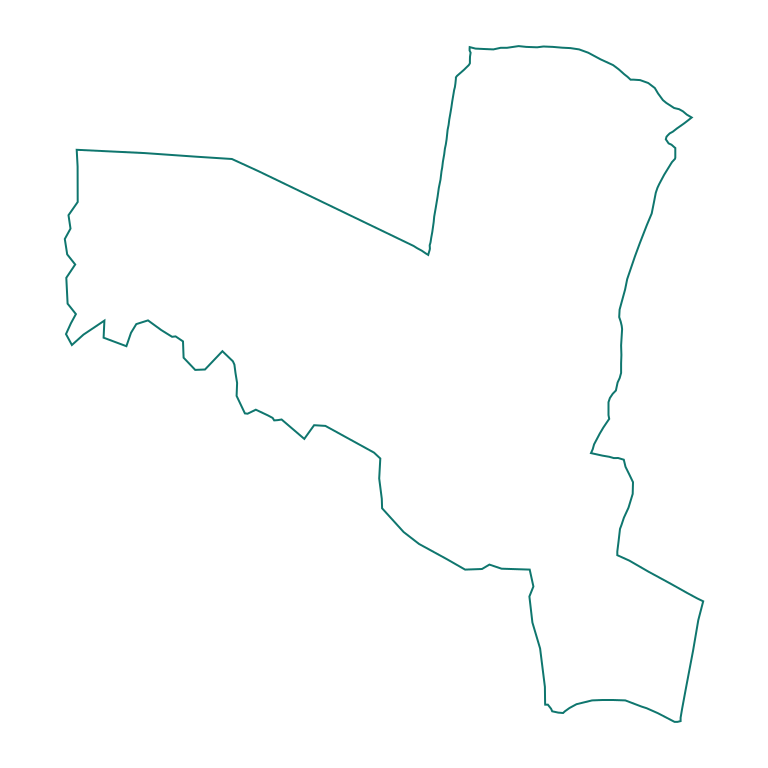 Al-Kut, Wasit, Iraq (orthographic projection)
{"feature_id": "34846034B69182583813986", "entity_name": "Al-Kut", "entity_type": "district", "adm_level": 2, "iso_a3": "IRQ", "parent_name": "Iraq", "parent_adm1": "Wasit", "projection": "orthographic", "projection_center": [46.232, 32.471], "detail": "fine", "context": "isolated", "style": "outline", "palette": "teal", "viewbox_px": 768, "rotation_deg": 0, "n_neighbors": 0, "source": "geoboundaries", "source_scale": "gbopen_adm2", "svg_char_len": 3150}
<svg xmlns="http://www.w3.org/2000/svg" viewBox="0 0 768 768"><path d="M680.6,721.1L680.6,717.7L682.0,709.4L685.8,688.9L693.1,650.5L698.3,620.1L703.2,601.3L697.2,598.4L687.2,593.0L671.7,584.3L648.7,571.8L629.3,560.6L617.3,555.2L617.3,551.5L618.6,541.0L620.0,528.9L621.4,525.2L623.9,517.7L628.5,507.7L632.7,493.9L633.0,482.2L629.8,475.5L625.5,466.8L623.8,459.7L618.1,458.0L613.9,458.1L609.3,456.8L602.3,455.6L591.0,453.1L592.7,449.3L594.1,444.3L598.5,436.0L599.8,433.5L603.3,427.6L606.4,423.0L609.2,418.9L608.5,415.1L608.5,410.5L608.5,403.4L608.5,402.2L609.9,398.0L612.7,393.8L615.9,390.5L617.6,382.5L619.7,378.0L621.1,372.9L621.1,363.4L621.4,355.0L621.1,345.4L622.1,329.1L621.7,325.8L620.7,321.6L619.2,317.1L619.6,309.6L625.1,289.5L627.2,279.1L634.9,256.5L639.8,243.2L646.8,225.2L651.7,213.5L653.7,203.5L655.8,192.7L657.5,187.7L659.3,183.9L664.2,174.7L671.9,162.2L675.0,158.8L675.3,157.6L675.3,153.4L675.3,148.0L674.3,147.2L671.5,144.7L668.6,143.4L667.2,141.3L665.8,139.3L666.5,136.8L667.6,135.5L669.7,133.4L672.8,131.7L677.0,128.4L683.0,124.2L684.5,123.1L687.5,120.8L691.7,117.5L686.8,114.6L682.9,111.3L679.1,109.2L674.1,108.0L666.4,103.0L662.9,100.1L658.0,93.4L654.8,88.0L648.2,83.0L640.1,80.1L634.1,79.7L630.6,79.7L627.5,76.8L624.3,74.3L618.7,69.3L613.1,65.1L600.5,59.3L588.2,52.7L579.1,49.4L570.4,48.1L562.3,47.7L552.9,46.9L543.4,46.5L537.1,47.3L526.3,46.9L518.6,46.1L507.0,47.8L500.7,47.8L493.4,49.4L483.9,49.0L475.5,48.6L469.7,47.1L469.6,48.4L469.6,50.5L470.6,52.7L470.0,56.7L469.9,60.2L469.9,63.1L469.8,63.5L468.8,65.1L465.9,67.9L464.2,69.6L460.1,73.2L457.0,75.9L455.9,77.4L455.9,78.8L455.7,80.6L455.4,83.6L454.9,87.1L454.1,90.2L453.6,93.3L452.2,101.6L451.4,107.2L450.4,113.2L449.3,119.4L448.6,124.9L447.6,129.9L446.6,139.3L445.8,144.5L444.9,148.7L444.2,154.3L442.9,161.7L442.2,167.5L441.5,171.3L440.5,179.6L438.8,188.0L437.6,196.6L435.7,208.0L434.2,216.6L433.7,222.0L432.3,231.9L431.2,237.9L430.7,241.3L430.4,242.9L429.7,245.2L429.9,248.6L429.7,249.8L428.7,253.1L428.2,254.9L425.9,253.5L421.8,250.7L417.0,248.1L413.7,246.0L258.5,171.2L231.9,159.0L196.2,156.7L145.0,153.1L76.7,149.8L77.6,166.5L77.7,202.0L68.5,215.2L70.5,228.6L64.8,239.0L67.2,254.4L75.2,264.5L66.3,277.8L67.6,303.7L68.6,304.9L75.9,314.1L70.9,323.3L66.0,334.1L71.9,345.0L83.5,334.6L104.4,320.6L103.6,337.7L126.4,346.2L131.0,332.8L136.3,324.1L148.0,320.4L161.3,330.1L172.1,336.8L175.6,336.4L183.0,341.4L183.6,357.7L195.2,369.9L205.0,369.5L222.4,351.2L232.9,361.3L234.4,364.6L235.5,373.1L235.6,373.7L237.1,383.0L236.6,395.9L244.9,413.4L247.6,413.7L255.8,409.7L267.9,415.4L272.6,417.9L274.2,420.4L277.9,420.1L281.6,419.5L304.3,438.9L305.7,436.9L314.1,425.2L325.4,425.9L374.0,452.6L380.3,458.5L379.2,478.5L381.8,498.9L382.1,508.3L403.7,532.1L419.1,544.0L447.1,559.3L465.1,569.6L482.0,569.0L489.4,564.6L501.6,568.7L529.7,569.6L533.4,586.5L529.4,596.5L532.4,622.5L540.1,648.5L544.9,686.9L545.1,703.5L545.2,704.7L547.9,704.7L551.1,708.8L552.2,711.3L558.2,712.6L563.1,713.0L564.9,711.3L569.5,708.0L576.5,704.2L592.1,700.4L602.4,700.0L613.0,700.0L625.3,700.4L641.6,706.6L646.6,708.2L657.9,713.2L674.6,721.9L677.4,721.9L680.6,721.1Z" fill="none" stroke="#0f766e" stroke-width="2"/></svg>